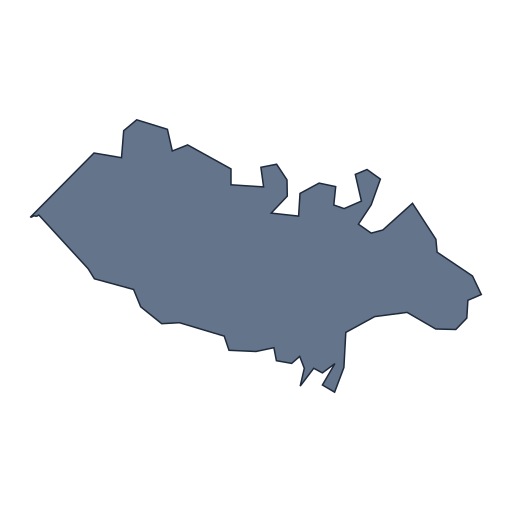 outline of New Kent, Virginia, United States of America
{"feature_id": "52423323B69820682895113", "entity_name": "New Kent", "entity_type": "district", "adm_level": 2, "iso_a3": "USA", "parent_name": "United States of America", "parent_adm1": "Virginia", "projection": "robinson", "projection_center": [-77.003, 37.502], "detail": "fine", "context": "isolated", "style": "filled", "palette": "slate", "viewbox_px": 512, "rotation_deg": 0, "n_neighbors": 0, "source": "geoboundaries", "source_scale": "gbopen_adm2", "svg_char_len": 1061}
<svg xmlns="http://www.w3.org/2000/svg" viewBox="0 0 512 512"><path d="M435.9,239.3L412.5,203.3L382.8,230.0L371.2,233.1L358.4,224.2L371.2,204.8L380.4,179.1L367.0,169.5L355.3,174.4L361.4,201.1L344.1,208.6L333.8,205.0L335.7,186.6L319.1,183.1L300.0,193.4L298.6,216.1L271.2,213.1L287.3,196.1L287.0,179.9L276.6,164.2L260.9,167.3L263.6,186.9L231.0,184.8L231.0,168.9L187.6,144.9L172.3,151.0L167.4,129.3L136.7,119.8L123.7,130.7L121.5,157.7L94.0,153.0L30.7,216.9L31.0,217.2L31.7,217.0L33.0,216.3L33.1,216.0L33.7,215.8L34.1,216.0L34.6,215.9L35.3,216.0L36.0,216.3L36.8,216.0L37.2,216.0L37.7,215.8L38.0,215.4L38.5,215.1L39.0,215.2L88.2,268.8L94.4,278.8L133.6,289.5L140.7,306.8L161.7,323.7L179.4,322.7L224.2,336.1L229.0,350.3L256.0,351.5L273.9,347.7L276.4,360.7L291.7,363.4L299.7,356.4L304.3,368.3L300.2,386.1L313.7,368.3L322.4,372.9L334.9,363.6L322.4,385.0L334.6,392.2L343.9,367.5L345.8,332.4L374.7,316.6L407.1,312.4L435.7,329.0L455.8,329.5L466.8,318.1L467.9,300.3L481.3,294.5L472.5,276.0L437.1,252.2L435.9,239.3Z" fill="#64748b" stroke="#1e293b" stroke-width="1.5"/></svg>